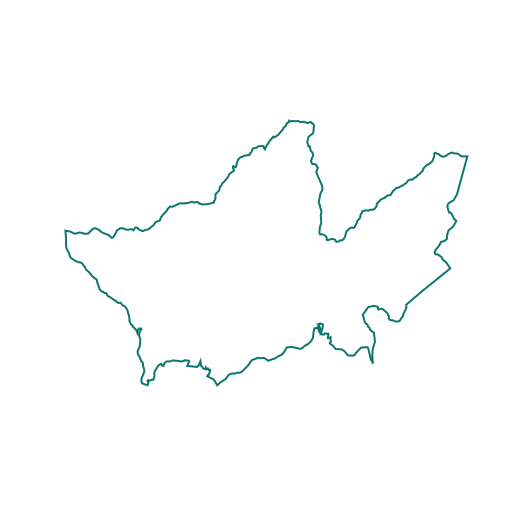 the district of Carlibaba, Suceava, Romania, rotated 106°
{"feature_id": "2599482B80597695869620", "entity_name": "Carlibaba", "entity_type": "district", "adm_level": 2, "iso_a3": "ROU", "parent_name": "Romania", "parent_adm1": "Suceava", "projection": "robinson", "projection_center": [25.055, 47.601], "detail": "fine", "context": "isolated", "style": "outline", "palette": "teal", "viewbox_px": 512, "rotation_deg": 106, "n_neighbors": 0, "source": "geoboundaries", "source_scale": "gbopen_adm2", "svg_char_len": 6123}
<svg xmlns="http://www.w3.org/2000/svg" viewBox="0 0 512 512"><g transform="rotate(106 256 256)"><path d="M284.2,446.2L292.3,443.1L296.2,442.2L300.6,440.6L305.2,436.2L306.6,435.5L308.8,433.5L310.5,428.2L310.9,425.1L310.6,422.7L311.0,420.9L312.6,419.3L313.2,418.0L316.1,415.4L317.6,411.9L318.6,410.7L318.7,410.0L319.8,409.0L321.1,406.8L321.0,406.4L321.7,405.5L322.4,402.8L326.0,400.8L328.5,398.7L330.7,397.5L332.5,395.1L332.8,394.4L332.5,393.1L333.4,391.4L332.9,390.1L333.3,389.2L334.6,388.4L335.4,387.1L335.9,384.3L337.4,380.6L337.8,378.1L339.0,376.1L339.0,375.1L338.2,373.2L340.1,370.8L340.6,368.1L342.4,365.7L345.1,363.6L346.3,363.2L347.7,361.9L352.3,359.9L353.2,359.9L354.9,358.6L356.3,357.3L356.7,355.7L358.2,354.6L358.8,352.9L360.3,350.5L362.5,348.9L359.9,349.2L358.2,348.7L357.3,346.7L358.0,345.9L360.5,346.9L362.4,346.8L364.7,346.4L367.9,344.3L370.9,343.5L375.4,342.8L378.0,343.4L380.8,343.4L383.1,342.3L384.2,340.9L388.9,337.1L389.0,336.4L390.2,335.2L392.8,334.3L396.1,332.1L398.2,331.5L405.6,332.3L408.4,331.4L409.8,330.3L410.1,327.2L410.0,324.6L408.2,324.4L407.0,324.7L406.2,325.8L405.7,325.8L404.9,325.3L405.2,324.0L403.2,321.4L403.3,320.6L400.7,320.4L398.2,320.8L397.2,321.5L394.5,321.5L388.5,319.8L386.1,317.9L385.8,317.5L387.1,316.2L387.4,314.8L383.9,314.4L381.9,312.7L380.9,309.3L379.5,307.7L378.5,303.1L377.9,298.4L375.7,295.3L375.2,291.6L377.1,291.3L380.6,291.8L378.9,282.0L377.7,281.6L377.4,281.0L372.4,280.4L376.4,278.7L378.8,275.4L378.7,273.6L377.1,273.5L378.5,272.4L378.4,271.3L377.5,271.1L378.5,269.9L378.1,269.6L378.2,268.4L383.1,268.6L384.1,269.6L385.0,269.8L386.4,262.5L391.0,257.6L387.4,255.5L382.6,251.3L377.5,249.3L375.3,246.2L375.2,244.6L373.3,241.5L372.6,239.4L371.2,237.6L363.4,233.5L357.1,231.2L354.7,227.7L353.5,226.6L352.8,222.6L351.9,220.7L351.9,219.5L353.3,215.5L348.8,209.0L345.9,206.7L345.4,205.8L343.4,203.8L339.9,202.3L335.5,201.2L333.6,196.9L333.1,188.2L331.7,186.1L329.1,184.5L325.8,181.3L322.7,179.6L318.8,178.7L312.7,179.8L309.4,179.9L308.4,177.5L307.6,177.2L311.3,174.3L309.9,174.1L309.4,173.3L306.9,175.0L307.1,176.2L305.6,176.2L304.5,177.6L303.9,175.9L303.2,175.8L303.2,173.7L303.5,172.7L307.0,172.2L313.4,172.2L312.8,169.0L311.5,168.6L311.2,167.5L311.4,166.5L310.7,165.3L310.9,164.8L315.1,164.4L315.0,163.6L313.5,161.9L314.0,161.7L314.7,161.9L317.3,160.4L318.2,160.5L318.9,161.2L319.7,160.9L321.3,156.8L323.5,153.8L322.4,148.9L322.3,147.0L323.5,143.9L326.1,140.7L325.8,138.1L324.9,134.9L323.5,133.6L321.9,133.3L315.1,129.8L313.4,125.3L313.1,123.6L313.8,122.7L324.1,116.9L324.9,115.6L327.3,114.0L318.9,117.0L313.4,118.1L305.6,118.0L297.0,121.6L296.7,123.4L296.1,124.6L295.2,126.1L293.6,127.2L292.9,129.1L291.4,129.8L290.1,132.8L283.0,137.1L273.8,133.9L273.0,131.6L271.7,129.8L271.4,128.3L271.3,125.1L271.8,124.6L273.4,124.2L273.7,123.6L272.2,121.2L272.1,119.6L274.8,113.8L276.4,112.7L276.8,111.9L279.7,111.0L280.6,109.6L280.1,106.4L280.5,103.5L279.4,100.6L278.4,99.9L275.5,99.1L274.0,98.2L270.2,98.2L266.0,97.3L263.9,97.3L261.4,98.2L242.8,85.8L214.4,65.8L209.6,71.6L208.0,75.5L206.0,77.2L204.4,81.6L204.9,83.7L204.3,84.6L203.1,85.4L200.6,85.0L196.0,83.0L191.6,82.1L189.6,79.0L187.3,77.3L182.1,78.1L178.4,78.0L173.5,74.7L167.2,73.1L166.3,74.4L165.8,75.8L162.9,78.2L160.9,80.6L160.6,81.3L160.9,82.5L155.8,85.7L154.1,85.9L152.0,85.3L147.9,81.4L141.5,79.8L101.9,80.3L103.0,83.4L103.5,86.2L102.0,90.4L102.8,94.1L102.6,96.4L104.2,98.4L108.2,101.8L109.0,103.5L109.0,105.4L107.6,109.1L107.8,110.0L107.3,112.1L107.5,112.6L108.3,112.9L110.7,112.2L116.3,112.6L117.6,113.8L118.7,114.0L120.5,115.6L121.0,116.6L124.3,118.5L126.2,119.2L127.9,119.2L132.0,121.3L134.1,123.1L135.9,123.6L136.5,124.6L139.9,127.2L139.8,128.6L141.6,130.6L144.4,131.7L147.7,134.4L150.3,137.4L151.0,137.8L151.9,139.9L154.4,141.2L155.4,142.1L160.4,143.5L161.5,145.9L163.7,147.9L164.9,148.5L165.6,149.7L167.9,152.1L169.5,152.4L172.5,154.3L175.1,153.8L178.6,155.3L180.4,159.4L181.5,160.5L181.9,163.4L183.8,166.2L185.5,166.2L187.5,166.9L190.3,166.4L194.6,168.3L196.2,168.2L201.5,169.3L202.2,169.9L202.1,171.4L202.5,172.4L203.7,173.6L206.8,175.5L208.0,175.9L212.8,175.7L215.9,176.6L217.3,177.8L217.9,179.6L219.2,180.5L220.2,182.5L220.0,183.2L218.5,184.5L218.5,187.3L221.2,192.0L220.6,192.6L218.7,193.3L217.5,194.6L216.9,197.7L217.1,199.5L217.5,200.4L216.1,201.5L211.2,202.5L206.1,202.4L199.0,205.0L195.4,205.2L191.1,208.0L189.0,208.9L188.7,209.5L187.6,210.4L180.0,211.2L177.3,211.2L174.6,210.4L172.3,210.9L169.7,212.3L160.0,220.3L157.8,221.3L154.1,220.8L153.4,222.1L151.7,223.2L151.5,224.8L152.0,227.1L150.0,229.2L149.0,229.4L144.1,228.9L142.4,229.2L141.0,230.4L139.6,232.5L135.8,234.6L136.3,235.6L132.3,238.2L126.8,238.3L122.7,235.2L121.6,234.9L114.3,236.3L112.9,238.2L113.0,238.9L112.1,240.2L112.3,241.0L114.1,242.9L113.8,244.3L114.0,245.6L113.7,246.8L115.1,250.1L114.6,252.4L115.8,255.9L116.1,257.9L117.1,259.9L116.8,261.4L117.8,261.2L118.0,261.7L119.6,262.3L120.4,263.2L122.5,263.1L125.1,264.8L126.9,265.1L133.2,267.9L136.8,270.9L136.5,272.2L141.1,274.4L148.2,276.6L151.0,276.8L150.1,278.1L149.0,278.6L148.3,279.5L149.8,283.8L152.0,285.6L153.5,288.6L157.8,289.2L159.2,290.2L160.6,290.1L163.0,295.1L164.7,296.8L165.3,298.1L168.0,299.7L170.8,300.0L175.7,299.8L176.3,300.3L175.9,302.6L176.3,302.8L177.9,302.4L178.9,301.1L180.3,300.8L184.3,304.1L188.4,304.9L192.6,306.7L195.2,308.3L198.2,308.9L199.3,309.7L203.0,309.5L208.0,312.0L212.3,310.7L214.9,311.4L216.3,311.2L216.8,312.5L219.1,315.9L221.4,322.1L221.0,323.5L221.4,324.9L220.5,325.8L220.2,326.9L220.8,328.6L221.8,330.0L221.5,332.5L224.3,336.9L224.4,337.9L225.2,339.1L225.1,339.9L226.0,341.3L225.9,342.7L226.2,343.4L231.7,350.0L232.2,352.4L235.2,353.9L237.2,354.2L241.6,356.7L245.4,358.1L248.4,358.2L250.3,360.9L251.6,362.1L254.6,363.0L259.9,366.7L261.9,370.1L263.4,371.8L262.8,376.0L261.9,377.2L261.6,379.2L261.8,379.8L265.1,380.9L264.5,382.7L266.4,387.5L266.1,392.2L266.9,394.3L269.9,396.8L273.9,397.3L277.2,398.5L278.3,399.5L276.5,403.4L275.9,410.0L275.4,411.7L274.4,413.5L273.7,416.8L273.7,418.7L274.7,420.2L280.8,423.6L282.1,427.7L281.7,428.7L282.0,432.1L284.1,435.3L284.6,436.6L283.7,441.5L284.2,446.2Z" fill="none" stroke="#0f766e" stroke-width="2"/></g></svg>